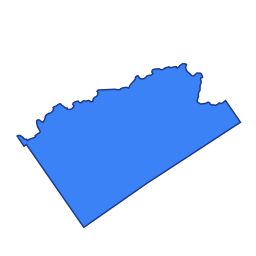 the district of Florence, Wisconsin, United States of America, rotated 325°
{"feature_id": "52423323B70097344617018", "entity_name": "Florence", "entity_type": "district", "adm_level": 2, "iso_a3": "USA", "parent_name": "United States of America", "parent_adm1": "Wisconsin", "projection": "natural_earth1", "projection_center": [-88.334, 45.867], "detail": "fine", "context": "isolated", "style": "filled", "palette": "blue", "viewbox_px": 256, "rotation_deg": 325, "n_neighbors": 0, "source": "geoboundaries", "source_scale": "gbopen_adm2", "svg_char_len": 2505}
<svg xmlns="http://www.w3.org/2000/svg" viewBox="0 0 256 256"><g transform="rotate(325 128 128)"><path d="M223.6,161.5L219.4,161.7L218.1,161.2L217.5,160.1L217.1,159.9L214.4,160.0L212.7,159.6L211.0,157.8L209.9,157.4L208.9,155.0L209.2,154.5L209.2,154.0L208.6,153.0L208.0,152.6L206.0,152.5L201.9,150.4L201.1,149.6L199.8,146.7L200.1,145.6L200.6,145.1L202.4,143.5L203.9,142.6L204.5,141.2L206.5,139.3L207.3,138.8L208.1,138.7L208.8,138.1L211.4,134.6L214.3,132.4L214.7,131.7L215.4,129.8L216.2,128.8L216.5,128.8L217.7,129.3L218.4,128.9L219.1,126.1L218.8,124.7L216.4,122.8L215.7,122.5L212.1,123.0L210.8,122.5L210.3,121.6L209.2,116.6L209.0,116.4L209.0,114.9L209.1,113.5L209.4,112.6L210.2,111.1L211.1,110.4L212.3,109.8L212.2,109.3L211.9,108.5L209.9,106.8L209.4,106.7L206.1,106.6L205.7,106.8L205.2,107.0L204.2,107.2L202.8,106.9L202.4,106.5L202.4,106.2L202.8,105.7L202.4,105.1L198.3,103.4L196.8,102.2L196.6,102.0L196.7,101.5L192.9,100.1L191.5,100.1L191.3,100.4L189.4,99.9L188.6,99.3L187.7,97.8L187.0,97.0L183.4,95.0L182.7,94.8L181.4,94.6L181.0,94.6L179.6,95.9L179.7,97.7L177.3,98.1L176.9,98.0L175.7,97.0L173.5,96.4L173.0,96.3L171.7,96.7L170.1,96.8L168.1,96.2L167.3,95.7L166.7,95.0L166.3,94.2L166.0,93.3L166.2,92.5L166.1,90.8L165.3,90.5L164.9,90.6L163.5,90.6L163.0,90.9L162.1,92.2L159.4,92.9L154.8,93.9L152.0,95.4L151.2,95.4L150.6,94.4L149.4,93.4L146.8,92.2L144.6,91.6L143.4,92.0L141.1,90.4L140.5,89.7L139.1,88.5L125.2,79.7L123.7,80.2L124.0,81.1L122.6,83.2L120.6,84.1L119.5,84.1L118.3,83.7L116.2,84.3L115.8,84.5L114.6,86.0L114.0,86.0L112.9,85.5L112.1,84.8L112.3,84.1L112.0,83.5L111.2,82.6L108.8,81.8L108.2,81.1L107.0,80.1L106.0,80.1L104.3,80.4L103.8,80.3L102.6,79.0L102.7,77.9L102.6,77.4L101.3,76.7L99.1,76.2L97.5,76.1L96.4,76.9L96.2,77.8L96.6,78.5L96.0,79.2L95.0,79.6L92.7,80.0L90.9,79.5L89.4,78.3L89.2,77.9L89.6,77.1L89.6,76.8L89.0,76.3L88.6,76.3L86.8,71.3L86.7,69.8L86.4,69.3L85.7,69.0L84.2,68.7L81.6,68.9L80.5,68.4L78.7,68.2L78.3,68.3L78.4,68.7L78.0,69.4L76.7,70.7L76.1,71.1L73.1,71.4L71.8,70.6L68.6,70.4L66.8,71.1L66.3,71.9L64.0,73.7L61.4,74.5L61.2,74.3L60.3,72.0L60.1,70.8L60.0,70.6L58.7,69.6L57.6,69.6L56.9,70.2L55.8,72.2L54.6,75.2L54.5,76.9L54.1,80.1L53.7,80.8L53.1,81.2L50.8,80.9L47.7,81.1L47.4,81.3L47.2,82.2L46.6,82.3L40.4,80.6L39.3,80.8L38.9,80.8L38.6,80.7L38.3,80.4L38.4,79.8L38.6,79.4L38.5,79.1L37.5,78.4L36.3,76.8L36.4,76.5L36.7,76.5L36.3,74.5L35.3,72.3L33.9,71.2L32.6,71.0L32.4,83.3L35.3,83.3L34.8,184.0L111.4,184.1L223.4,187.8L223.6,161.5Z" fill="#3b82f6" stroke="#1e3a8a" stroke-width="1.5"/></g></svg>